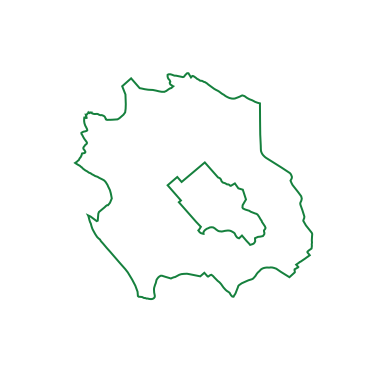 the district of Tboung Khmum, Kâmpóng Cham, Cambodia, rotated 318°
{"feature_id": "14789045B3565316338498", "entity_name": "Tboung Khmum", "entity_type": "district", "adm_level": 2, "iso_a3": "KHM", "parent_name": "Cambodia", "parent_adm1": "Kâmpóng Cham", "projection": "equal_earth", "projection_center": [105.645, 11.969], "detail": "fine", "context": "isolated", "style": "outline", "palette": "green", "viewbox_px": 384, "rotation_deg": 318, "n_neighbors": 0, "source": "geoboundaries", "source_scale": "gbopen_adm2", "svg_char_len": 5995}
<svg xmlns="http://www.w3.org/2000/svg" viewBox="0 0 384 384"><g transform="rotate(318 192 192)"><path d="M91.2,181.3L90.9,195.5L90.8,204.7L90.5,208.8L88.9,217.1L87.2,223.7L84.8,229.7L82.2,233.1L82.3,234.1L84.6,236.6L85.4,238.6L86.5,239.8L86.8,240.6L87.8,241.5L88.4,242.5L89.5,243.8L90.4,244.6L91.3,245.1L92.6,245.4L94.0,245.1L94.8,244.4L95.5,243.3L96.6,241.4L98.2,239.4L98.9,238.6L100.0,237.7L100.9,237.2L102.2,236.4L103.0,236.0L104.2,235.4L106.8,233.6L108.2,233.2L110.0,232.9L111.4,233.0L112.7,233.3L113.7,234.2L115.2,236.8L118.5,242.2L119.6,242.5L121.4,243.2L122.6,243.9L127.1,245.0L129.1,245.9L131.3,247.5L133.6,249.4L135.6,252.0L141.7,260.2L147.1,260.3L147.1,265.2L147.5,265.7L148.5,265.8L150.0,266.0L151.0,266.5L151.4,268.5L151.4,270.7L151.5,272.6L151.6,275.2L152.0,277.5L152.0,280.0L151.7,282.3L151.5,284.1L151.5,287.2L151.7,288.8L152.2,290.6L152.5,292.1L152.2,293.2L151.9,294.9L152.0,296.7L152.8,297.6L154.8,296.9L155.1,296.9L156.4,296.5L158.2,295.6L162.2,293.6L163.6,292.8L164.5,292.7L167.8,293.1L172.2,294.5L174.9,295.4L177.9,296.8L179.1,297.2L181.0,297.1L183.2,296.8L184.8,296.3L186.9,295.9L189.0,295.9L191.5,295.7L193.1,296.0L194.2,296.4L195.5,297.1L196.7,297.9L199.0,300.0L200.0,300.7L201.1,301.8L202.2,303.4L203.3,305.4L204.6,310.8L207.4,320.5L214.6,320.5L215.5,319.5L216.0,318.5L216.6,318.1L217.7,318.4L220.5,319.0L220.8,318.9L220.8,315.7L224.0,316.1L225.2,316.1L225.9,316.4L231.7,317.2L232.9,317.3L233.7,317.4L234.6,317.5L234.9,317.6L235.6,317.6L237.2,317.8L237.3,316.9L237.3,315.3L237.4,314.1L237.9,313.6L239.7,313.6L243.0,314.0L243.6,313.5L245.0,312.3L245.9,311.1L247.5,309.7L248.2,308.7L249.0,307.8L251.0,305.8L253.2,303.7L253.7,302.5L254.0,298.0L254.3,293.1L255.4,287.9L256.2,287.3L258.0,286.4L259.1,285.4L261.8,279.5L264.1,273.9L264.9,272.8L265.7,272.3L266.8,271.9L267.9,271.3L269.2,270.3L270.3,268.2L270.8,263.1L271.4,254.1L272.0,251.8L272.8,249.5L275.0,248.7L275.8,248.2L276.5,247.4L277.0,246.0L277.3,245.2L277.4,244.2L277.4,243.4L274.9,233.8L269.9,216.2L269.6,214.5L269.5,212.2L269.7,210.5L270.1,209.1L270.7,207.7L271.3,206.9L272.2,205.8L274.0,203.7L281.2,194.9L289.9,185.0L301.8,171.6L300.4,169.5L299.1,167.0L298.7,165.7L298.0,163.9L296.8,161.6L296.0,159.4L295.7,158.4L295.2,155.9L294.1,154.0L293.4,153.6L291.7,153.2L289.7,152.5L286.4,151.2L285.1,150.2L284.2,149.3L282.7,147.2L281.8,145.1L281.1,143.1L280.7,141.0L280.1,139.3L279.7,137.4L279.4,135.7L279.0,134.3L278.0,131.7L277.5,130.1L276.0,123.0L275.8,121.3L275.1,118.9L274.6,118.3L273.8,116.1L272.5,114.7L272.3,113.6L272.0,112.5L271.5,111.4L271.3,109.8L271.0,108.4L270.6,106.9L269.9,106.0L267.9,106.2L268.8,101.4L267.9,100.5L266.4,100.5L265.1,100.6L263.6,100.9L262.9,100.9L262.1,100.5L258.0,94.9L257.3,94.3L256.7,93.6L255.5,91.3L254.6,89.9L253.2,88.8L252.3,88.6L251.3,89.6L250.5,91.0L250.2,92.3L250.2,94.1L249.6,95.6L248.7,95.8L248.1,96.6L247.9,97.8L248.3,99.0L248.5,100.2L248.8,100.9L246.3,100.9L245.3,100.5L245.0,100.3L243.4,100.0L240.5,99.7L238.4,99.0L236.4,97.1L234.7,94.9L233.2,92.7L231.2,90.0L227.9,86.7L225.6,83.9L223.9,81.5L222.6,79.8L222.8,66.8L210.9,66.7L207.8,75.0L201.5,82.5L198.4,85.7L195.6,88.1L192.7,88.7L187.4,88.6L185.3,88.2L184.0,87.2L180.8,84.7L177.2,81.6L176.8,81.0L176.6,80.4L177.0,80.0L177.0,79.4L177.4,78.3L177.5,77.4L177.3,76.3L176.8,75.3L176.4,74.5L175.4,73.7L174.7,72.6L174.3,71.3L173.7,70.4L171.8,68.9L171.1,68.0L170.4,66.8L170.3,66.3L170.6,65.8L169.9,65.4L169.8,65.0L169.2,64.9L168.8,64.8L168.6,64.5L168.6,64.0L168.2,64.2L168.0,63.7L167.7,63.9L167.1,63.8L166.7,63.8L165.6,64.1L164.9,63.5L164.8,63.9L164.5,64.2L164.0,64.5L163.9,65.0L162.8,65.1L163.3,65.6L163.5,66.1L163.2,66.4L162.6,65.9L161.7,64.7L161.2,65.1L159.3,67.1L158.1,68.9L157.1,71.2L156.6,73.3L156.0,75.2L155.5,76.0L154.7,76.1L153.1,75.4L152.2,74.8L151.2,74.4L149.5,74.0L148.8,74.7L148.5,76.5L147.9,78.7L147.5,80.8L147.2,84.2L146.8,85.3L145.9,85.7L145.0,85.7L144.1,85.6L142.9,85.9L141.7,86.1L140.9,86.4L140.4,86.9L140.1,87.8L140.1,89.0L139.7,90.7L139.1,91.2L138.2,91.1L137.3,90.6L136.8,90.2L136.0,89.8L135.4,90.2L134.0,91.1L133.3,91.2L132.4,91.7L131.6,91.7L131.1,91.8L130.5,92.0L129.3,92.5L127.7,92.4L127.1,92.5L126.7,92.5L124.6,92.2L124.8,93.1L125.3,94.8L125.6,95.8L126.2,97.5L126.3,98.8L126.6,100.0L126.6,101.5L126.9,103.1L127.2,104.6L127.8,106.2L128.4,108.8L129.2,110.2L129.4,111.5L130.3,113.9L130.7,115.3L131.8,117.2L132.1,117.9L132.5,119.4L133.6,122.1L134.4,124.3L134.5,125.6L134.5,126.9L133.9,130.3L133.4,131.7L132.3,135.6L130.8,138.6L128.1,143.1L123.9,145.1L122.2,145.4L120.7,145.6L120.4,145.2L120.1,145.0L118.6,144.8L117.0,144.9L109.5,144.6L107.9,145.4L102.8,150.2L101.7,149.9L100.2,142.4L99.1,139.8L98.9,140.6L96.9,144.4L96.1,146.2L95.7,147.7L94.4,150.2L93.3,152.8L92.7,155.1L91.9,158.6L91.4,161.9L91.5,163.9L91.8,165.8L91.5,167.1L91.4,167.7L91.4,168.7L91.4,170.6L91.2,176.8L91.2,181.3ZM221.3,178.6L221.1,198.6L221.9,200.3L221.9,202.0L221.2,203.7L221.2,205.5L222.5,207.7L223.2,209.9L224.0,210.6L224.5,211.6L224.6,213.0L225.0,213.4L229.6,214.3L228.9,220.3L231.3,224.3L230.7,225.6L230.5,226.1L227.1,233.7L224.8,234.4L220.8,235.7L219.1,237.3L218.9,238.4L219.8,240.6L222.0,244.3L222.4,245.9L224.5,250.1L225.3,251.4L225.6,252.7L225.3,255.2L224.8,257.6L224.6,258.5L224.5,259.9L224.0,260.9L223.8,262.3L223.2,266.4L222.6,267.9L221.7,268.4L220.4,268.6L219.7,268.8L219.0,269.7L218.4,270.9L217.5,271.7L216.3,272.0L215.2,272.2L212.8,270.8L211.0,269.5L207.9,268.5L206.6,270.1L206.0,270.9L204.8,271.4L203.2,271.6L202.0,271.2L199.8,270.2L199.9,268.7L199.8,264.8L200.0,257.8L196.0,257.9L195.5,257.1L195.1,255.8L195.2,254.4L195.5,252.9L196.0,251.4L195.9,250.2L195.4,248.6L194.9,247.2L194.2,246.0L193.0,244.7L191.6,243.7L190.3,242.8L189.0,242.1L187.7,241.3L185.9,239.3L185.4,238.4L184.9,236.4L184.6,234.3L184.1,232.6L183.1,231.4L181.6,230.3L179.6,229.7L178.3,229.2L177.2,229.1L175.8,229.0L174.2,229.3L173.4,229.8L172.6,230.8L171.9,229.9L171.0,228.3L170.8,226.7L171.0,224.8L172.2,224.7L175.3,223.8L175.1,216.9L175.4,190.8L178.1,190.9L178.4,170.7L191.1,171.0L191.0,177.6L221.3,178.6Z" fill="none" stroke="#15803d" stroke-width="2"/></g></svg>